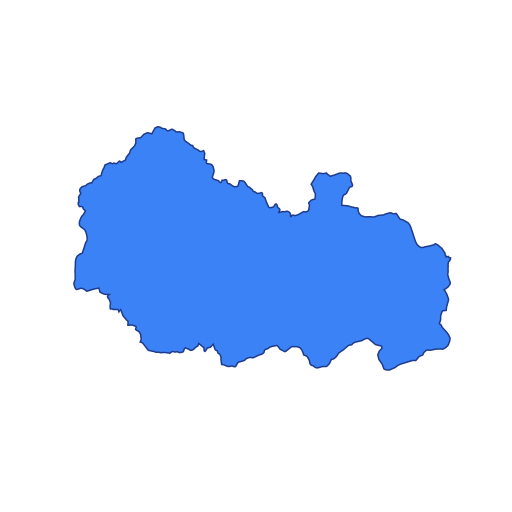 the district of Dinh Hoa, Thái Nguyên, Vietnam, rotated 248°
{"feature_id": "81297802B90284781247335", "entity_name": "Dinh Hoa", "entity_type": "district", "adm_level": 2, "iso_a3": "VNM", "parent_name": "Vietnam", "parent_adm1": "Thái Nguyên", "projection": "albers", "projection_center": [105.636, 21.896], "detail": "fine", "context": "isolated", "style": "filled", "palette": "blue", "viewbox_px": 512, "rotation_deg": 248, "n_neighbors": 0, "source": "geoboundaries", "source_scale": "gbopen_adm2", "svg_char_len": 6144}
<svg xmlns="http://www.w3.org/2000/svg" viewBox="0 0 512 512"><g transform="rotate(248 256 256)"><path d="M168.3,183.5L167.2,185.4L164.8,187.7L164.0,188.8L163.5,190.0L163.2,192.2L161.8,193.9L161.1,195.2L161.5,196.2L163.7,198.8L164.1,200.0L163.5,205.5L163.7,206.8L164.4,208.3L164.5,211.4L163.9,213.1L162.7,215.1L163.0,221.5L162.8,225.4L163.7,227.4L165.1,228.3L165.6,228.8L165.8,229.5L165.7,232.3L166.2,234.3L166.3,236.4L165.3,241.5L165.1,241.9L163.5,242.7L160.5,243.4L156.5,246.9L156.5,248.1L158.6,255.1L156.7,259.8L155.0,261.9L153.9,262.7L151.9,263.2L149.1,263.4L146.5,263.1L144.6,265.1L143.5,265.7L142.5,266.0L139.1,266.3L136.0,265.7L134.1,266.2L132.8,267.9L130.9,268.9L129.6,270.2L129.1,271.7L128.6,276.3L127.3,279.5L127.2,280.2L128.6,283.6L131.9,287.2L131.5,289.2L131.8,290.5L132.7,292.9L135.0,296.2L136.4,302.2L138.4,308.1L138.3,309.6L137.8,311.4L138.7,313.2L139.0,315.5L137.9,322.1L138.3,326.1L138.0,328.3L137.3,329.3L129.0,333.7L125.5,338.6L123.7,338.4L123.0,337.9L121.7,334.7L118.8,331.9L114.0,331.2L108.2,332.5L103.5,332.3L102.0,333.5L100.3,336.8L100.5,343.1L101.5,346.9L101.6,349.5L100.5,362.0L99.3,364.9L99.4,365.4L101.7,369.6L101.8,373.6L103.6,375.4L104.7,378.4L104.6,379.7L103.2,382.7L102.3,387.8L100.6,392.5L99.8,393.8L99.6,394.9L100.1,397.8L101.3,400.7L104.4,403.6L107.2,405.2L110.8,405.0L113.8,404.3L120.2,401.9L122.3,401.8L123.5,401.5L123.9,400.9L124.5,400.8L125.1,401.0L127.5,403.2L131.4,404.8L133.9,406.9L135.3,408.4L134.3,412.0L137.2,413.5L142.9,417.9L144.2,418.4L149.2,418.6L154.4,417.9L154.8,420.5L155.4,422.6L157.5,425.7L159.0,426.2L163.1,426.3L167.0,426.8L169.4,428.2L173.1,429.6L174.4,430.3L176.0,430.8L178.3,432.1L179.0,433.7L180.1,435.0L181.4,435.7L181.7,434.7L182.1,434.4L183.5,434.2L184.0,431.8L185.5,432.2L186.1,431.7L187.9,432.3L193.3,431.2L198.1,428.7L200.2,427.0L199.8,424.9L200.3,420.7L201.3,415.6L201.3,414.3L202.0,412.3L203.2,411.1L206.3,409.6L209.7,409.3L224.6,410.3L227.3,410.2L229.7,409.5L230.4,409.0L234.3,405.9L236.3,403.3L242.6,402.1L243.1,401.6L243.4,399.7L243.9,398.8L245.5,397.3L246.0,395.7L246.4,391.7L246.3,389.6L247.9,384.3L247.9,380.0L249.9,376.0L251.4,371.8L253.5,369.2L254.3,368.5L255.9,367.9L257.7,367.5L260.2,367.8L262.0,368.5L262.3,368.3L263.1,367.2L263.3,366.1L264.5,364.8L266.2,362.2L268.1,360.0L270.8,354.5L273.7,355.7L277.3,357.8L279.3,359.4L279.7,360.1L279.8,362.1L280.5,363.7L284.7,368.5L284.5,370.9L284.9,371.7L286.2,372.2L290.2,372.1L293.2,373.3L294.9,373.4L298.3,371.5L299.4,370.3L299.8,369.3L299.9,368.4L301.3,365.5L301.6,364.0L301.7,358.8L302.2,354.5L304.1,353.6L304.6,353.0L306.6,352.4L307.1,349.3L309.5,345.2L307.1,340.8L305.8,339.4L301.9,334.0L299.5,334.5L294.6,334.1L291.6,334.4L288.7,333.1L286.6,332.0L287.1,329.9L287.0,327.8L285.7,325.0L284.9,324.6L283.1,324.7L278.7,321.9L278.2,320.9L278.0,319.9L278.2,318.7L279.3,316.6L278.5,310.2L278.7,307.7L280.1,305.5L280.2,305.0L279.5,303.0L280.0,302.9L281.6,303.6L282.7,303.7L284.0,303.3L285.4,302.2L285.9,301.5L286.4,298.9L287.3,297.1L287.6,293.5L288.1,293.5L289.7,295.5L290.0,295.5L291.4,295.3L292.3,294.6L293.1,294.3L295.6,294.6L296.8,294.1L296.8,293.3L295.4,291.5L295.0,290.6L295.3,287.7L296.0,286.4L296.8,286.1L301.9,285.9L306.8,286.1L308.5,285.0L309.3,284.7L309.9,284.7L311.0,285.3L312.1,285.3L312.8,284.7L312.8,282.9L313.7,280.4L315.7,279.2L316.9,277.7L319.0,277.4L322.0,275.8L323.6,274.3L328.2,273.4L329.6,272.9L330.4,272.2L332.0,269.0L331.7,268.6L328.6,266.3L327.6,265.3L327.5,264.4L328.3,261.9L329.7,260.6L332.9,258.6L333.7,257.0L334.9,256.8L337.1,257.2L338.2,256.7L338.5,253.8L339.0,253.0L337.5,251.5L337.3,250.6L338.4,249.8L339.8,249.5L342.9,245.8L344.1,245.1L345.1,245.0L345.9,245.4L349.2,248.2L350.8,249.1L354.6,249.7L356.9,249.3L358.3,248.2L360.1,245.0L361.3,244.9L363.4,246.2L363.9,245.7L364.5,244.4L365.0,244.1L370.4,246.9L373.3,246.9L373.4,244.5L373.9,243.3L374.5,242.8L375.9,242.1L379.5,238.9L382.2,238.6L383.0,237.3L388.9,233.6L390.8,233.0L395.9,234.5L397.2,234.5L397.7,234.2L399.7,231.8L401.0,228.4L402.7,227.6L405.0,225.7L405.1,225.2L404.9,221.6L405.2,220.9L405.7,220.4L407.6,219.8L409.7,216.5L411.4,215.4L412.7,213.3L412.5,210.2L408.3,205.2L410.4,202.5L411.0,201.1L410.8,197.5L408.9,193.5L409.7,190.1L409.8,188.8L409.3,188.3L405.8,186.9L403.5,184.6L401.5,179.7L400.5,178.7L398.8,177.4L396.3,172.9L394.2,171.1L393.8,170.5L393.4,166.0L394.9,165.2L395.2,164.8L394.0,162.0L393.9,161.0L395.5,158.9L395.2,157.7L395.4,157.3L397.1,155.8L397.0,150.1L394.9,148.3L393.9,146.9L391.3,144.5L388.6,142.5L388.8,139.4L387.9,136.9L387.8,134.2L385.3,131.2L386.0,129.0L385.7,126.2L385.0,124.5L385.4,120.7L384.6,118.8L383.8,117.6L382.1,116.9L379.6,117.0L377.7,114.2L376.9,113.8L376.9,113.5L372.6,112.1L372.3,111.8L372.3,111.3L370.4,110.5L368.0,110.7L367.3,112.7L366.9,113.3L365.9,113.7L365.2,113.5L363.9,113.7L361.8,114.8L359.6,112.2L357.9,109.1L357.1,108.1L354.4,105.5L352.9,104.6L351.1,104.0L349.1,104.2L345.0,106.8L344.0,107.1L341.6,107.2L337.5,106.7L333.9,105.4L332.1,103.0L323.9,96.2L323.7,95.7L323.8,93.4L322.9,90.3L322.0,89.1L320.7,87.9L318.6,86.5L314.1,84.6L311.1,83.1L302.2,79.7L299.3,77.2L298.0,76.6L294.5,76.3L292.9,76.6L292.0,77.3L291.8,80.9L291.2,82.7L288.9,84.7L287.2,85.5L286.7,86.0L286.0,94.0L285.1,98.3L280.9,97.8L277.7,100.7L276.5,102.6L275.3,105.4L275.0,104.2L274.0,103.1L272.6,103.0L271.3,103.6L267.2,103.6L264.5,102.1L261.7,101.1L261.4,101.2L261.2,102.2L259.7,104.0L258.2,107.8L257.4,108.1L255.6,108.0L256.4,109.0L256.9,110.5L250.9,110.3L249.7,110.5L245.1,112.0L243.3,112.9L239.8,111.3L238.4,115.4L235.6,118.3L235.0,118.4L233.6,117.1L233.0,116.9L231.7,117.5L230.2,119.0L227.0,119.7L226.1,119.6L225.1,119.1L223.5,118.9L221.8,118.4L219.6,116.4L219.0,117.3L217.6,118.4L209.2,120.7L208.5,121.3L205.6,125.7L204.1,127.4L203.4,129.5L202.0,131.5L200.8,135.2L198.1,139.8L198.8,141.9L198.6,143.1L197.2,145.1L196.7,147.3L195.4,148.4L194.6,150.3L194.5,152.8L196.7,154.7L197.3,156.0L195.0,158.5L193.1,159.9L192.7,160.9L192.7,162.8L194.0,166.0L194.4,168.4L196.4,170.2L190.2,173.4L188.1,172.5L187.2,172.5L186.7,172.8L187.0,173.9L188.9,176.4L188.5,179.6L190.2,183.3L184.2,183.1L182.6,184.5L180.1,184.4L178.7,185.5L178.0,185.7L174.9,185.6L173.4,184.8L168.3,183.5Z" fill="#3b82f6" stroke="#1e3a8a" stroke-width="1.5"/></g></svg>